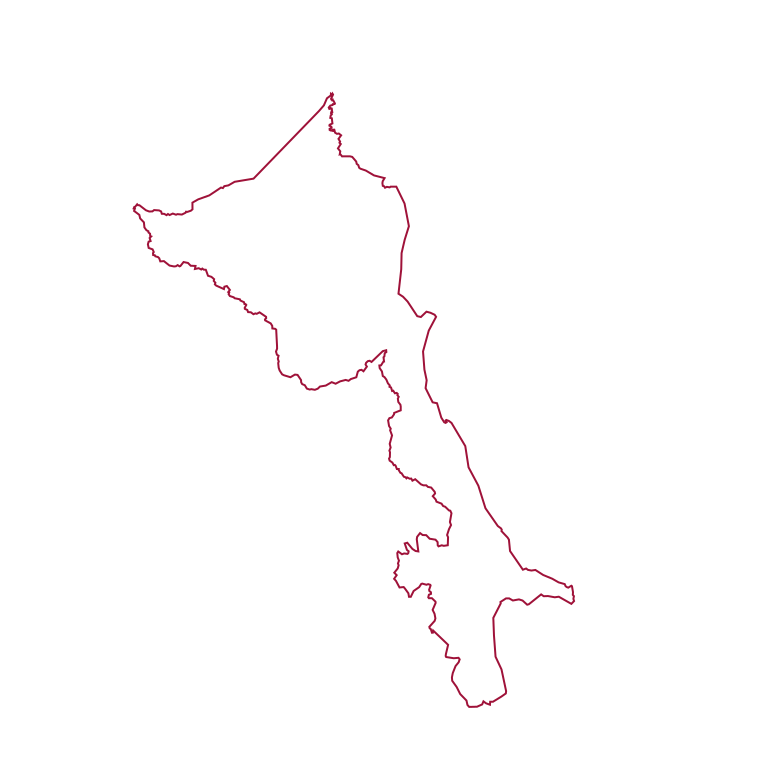 Ho West, Volta, Ghana, rotated 134°
{"feature_id": "2480657B47242267083805", "entity_name": "Ho West", "entity_type": "district", "adm_level": 2, "iso_a3": "GHA", "parent_name": "Ghana", "parent_adm1": "Volta", "projection": "orthographic", "projection_center": [0.372, 6.6], "detail": "fine", "context": "isolated", "style": "outline", "palette": "rose", "viewbox_px": 768, "rotation_deg": 134, "n_neighbors": 0, "source": "geoboundaries", "source_scale": "gbopen_adm2", "svg_char_len": 6152}
<svg xmlns="http://www.w3.org/2000/svg" viewBox="0 0 768 768"><g transform="rotate(134 384 384)"><path d="M444.1,456.0L439.1,454.6L437.5,452.5L438.8,446.4L440.3,444.8L440.9,442.8L439.9,440.1L440.9,436.3L439.6,433.6L438.2,432.7L436.2,429.7L433.4,428.4L430.3,428.3L425.6,424.8L419.0,422.9L417.4,419.0L412.6,417.4L407.7,414.4L406.3,411.7L403.5,411.3L398.4,408.6L393.3,411.4L391.1,411.2L389.4,410.0L389.1,407.6L383.4,408.4L382.8,410.8L381.2,411.6L378.8,411.5L377.3,410.5L376.8,408.3L361.2,407.7L358.2,405.9L359.4,404.5L361.3,404.9L363.9,402.9L365.1,402.9L367.8,399.6L368.3,400.0L372.6,399.1L373.9,400.2L375.6,398.1L376.4,394.2L379.1,390.4L378.7,388.4L379.2,385.4L380.8,381.6L381.0,378.9L382.2,378.1L381.6,376.5L383.4,373.3L382.4,372.7L383.1,369.7L381.6,368.7L381.6,367.2L382.7,366.7L383.0,364.5L384.9,363.9L387.0,361.2L387.5,357.8L388.6,356.3L391.3,353.7L397.7,356.6L398.9,355.7L402.6,355.1L404.8,356.4L407.3,355.8L410.7,351.2L411.5,348.1L413.0,347.5L415.4,342.5L423.1,338.3L425.1,335.1L428.2,333.8L428.9,332.3L432.5,329.0L434.2,328.5L435.2,326.7L434.7,323.4L435.6,320.6L434.7,320.0L434.7,318.9L436.2,315.7L434.9,314.3L435.7,313.6L436.5,310.5L436.0,309.4L436.9,305.3L436.1,303.7L436.3,302.4L435.1,302.4L434.3,299.7L433.1,298.7L433.8,296.4L430.8,295.4L430.5,287.7L429.5,285.2L427.5,283.2L427.5,280.9L425.7,278.1L426.4,272.5L427.3,271.2L430.8,271.0L431.2,266.5L432.2,264.5L430.1,259.5L430.7,256.7L429.8,254.7L429.8,249.4L429.1,248.3L430.1,245.7L437.5,240.7L438.9,237.8L443.3,236.4L448.8,233.7L449.7,231.5L455.7,226.1L458.9,228.6L459.9,230.4L462.9,232.0L462.7,233.3L460.5,235.6L460.2,238.8L463.6,243.7L463.4,248.6L465.8,251.3L466.2,254.5L470.9,254.0L472.9,252.6L480.6,243.0L482.2,245.3L482.9,249.0L482.0,257.0L484.3,258.3L487.4,252.3L487.2,250.1L488.9,249.0L489.9,249.1L491.9,251.8L494.0,252.8L494.6,257.4L496.4,257.0L499.2,253.7L500.7,250.5L503.4,249.3L504.2,247.6L507.2,246.0L512.6,245.5L512.7,242.1L517.1,241.4L517.3,238.6L519.6,231.5L516.4,228.8L516.6,226.8L517.6,221.1L519.7,218.2L518.5,216.9L512.3,218.9L505.7,217.6L502.0,218.3L501.0,217.8L498.9,214.0L497.3,213.2L496.3,211.2L496.6,210.5L500.7,208.6L501.4,207.5L501.2,205.6L502.3,204.4L504.4,205.3L506.7,204.0L506.9,202.9L504.8,200.7L504.8,195.8L505.6,194.8L512.7,192.1L514.2,188.0L516.9,184.2L519.2,183.0L527.2,182.7L528.0,181.4L527.8,180.1L529.6,176.7L528.9,176.1L527.2,177.3L527.1,156.7L535.2,151.9L536.8,150.7L537.2,149.6L532.8,143.3L529.2,140.2L529.5,138.3L532.3,137.0L537.2,136.6L544.2,133.7L547.9,131.3L550.1,128.8L551.5,121.2L554.1,113.8L554.4,104.8L556.9,101.0L557.1,98.4L551.5,92.9L546.3,90.8L543.2,92.0L542.8,88.8L541.1,85.0L538.8,86.9L536.9,84.9L527.2,82.4L522.0,81.4L520.1,82.8L507.7,101.2L502.7,114.3L488.5,130.2L476.3,142.9L460.8,147.6L459.9,148.8L453.5,147.3L451.3,145.1L450.2,140.9L445.2,137.3L443.5,133.9L443.3,127.7L441.8,126.8L426.2,124.8L425.7,121.7L422.6,118.7L418.8,113.0L415.6,110.5L412.0,96.5L408.1,96.5L407.0,98.5L404.7,100.0L404.5,101.7L402.4,103.5L398.9,108.3L399.0,109.1L402.5,110.0L403.1,111.4L403.3,112.9L402.4,115.0L405.4,120.6L407.2,127.7L410.8,136.8L412.6,145.9L415.8,148.4L417.7,151.3L418.0,153.6L421.1,155.1L416.6,177.3L409.2,186.0L408.6,188.4L408.2,197.3L407.0,198.1L406.6,199.5L407.1,203.5L402.9,224.7L391.6,245.5L385.2,265.3L372.2,282.4L365.1,308.4L365.5,311.7L366.6,314.2L367.4,314.3L368.0,312.4L369.2,312.7L369.7,314.1L368.4,319.4L361.0,332.5L363.4,336.3L358.1,351.2L351.7,355.9L345.6,364.9L333.5,378.5L314.5,388.9L299.5,393.2L299.0,395.7L300.5,400.1L302.5,403.7L310.2,404.0L312.1,407.2L308.3,424.3L308.0,430.9L309.0,436.3L289.5,451.3L277.6,462.3L265.9,469.3L253.2,475.7L239.9,494.6L233.5,512.2L237.4,516.3L238.6,516.5L240.2,518.9L242.1,519.6L241.7,521.3L242.3,522.5L240.6,524.7L239.0,525.8L235.5,526.6L240.9,536.1L243.1,545.4L245.5,550.5L245.7,552.1L244.4,554.5L244.6,556.6L243.3,558.5L242.7,564.6L243.9,566.7L249.4,572.3L249.0,575.2L249.5,575.4L247.0,577.1L246.5,580.8L241.4,581.8L241.4,583.6L240.1,584.0L239.3,587.0L234.9,587.6L235.2,590.5L236.7,591.6L237.2,593.8L235.9,595.9L237.2,596.2L237.6,596.8L236.6,597.2L238.8,598.6L239.0,599.6L238.2,600.4L236.1,599.6L235.5,600.6L236.1,602.7L235.3,603.2L232.4,602.1L229.1,606.1L229.9,607.5L227.8,608.9L226.4,608.8L226.0,610.3L224.3,611.1L225.1,609.8L224.6,609.8L222.2,612.9L223.2,613.9L222.6,614.3L223.0,615.2L223.6,615.0L223.5,614.0L224.1,614.4L223.5,615.8L221.0,616.0L219.0,614.8L218.3,615.2L216.9,614.0L216.3,614.2L215.3,617.3L215.9,618.2L215.1,618.7L215.9,619.6L215.6,620.2L211.2,621.7L210.9,622.9L212.3,622.5L212.3,623.6L213.3,622.7L218.1,623.5L225.3,620.8L232.8,620.4L326.9,620.5L342.3,631.9L349.2,633.9L352.6,636.3L355.0,636.0L355.9,637.7L369.7,640.7L380.2,645.9L386.6,647.8L391.4,643.1L393.5,643.3L396.8,645.0L397.6,646.1L398.6,645.7L402.5,647.1L405.3,650.6L406.7,651.2L408.1,654.3L411.4,655.6L411.8,657.5L413.6,657.7L414.3,660.3L415.9,662.1L414.7,664.2L415.4,666.4L418.6,670.2L420.7,670.5L423.0,672.7L424.4,675.9L425.3,684.1L426.3,685.2L426.2,686.4L429.4,686.1L430.0,686.6L431.6,686.0L431.0,685.0L433.1,684.0L432.3,677.5L434.3,674.4L434.5,669.0L437.8,665.1L438.4,661.7L437.8,659.6L438.6,658.7L438.4,656.7L440.0,654.9L439.6,654.0L441.8,654.0L443.3,651.2L445.1,652.2L447.5,650.9L449.6,647.8L447.9,644.0L449.0,641.3L450.3,641.1L451.6,639.6L450.6,638.3L451.0,637.2L449.7,634.8L449.7,633.0L451.2,630.1L448.5,627.7L447.8,620.6L445.3,616.7L443.9,615.5L441.8,615.0L441.4,612.8L440.6,612.4L435.5,612.9L433.1,609.1L433.2,605.2L430.0,601.6L432.6,599.9L429.4,597.7L428.6,595.0L427.2,594.9L427.0,593.2L425.6,591.5L428.4,585.8L426.8,582.6L426.6,579.0L428.1,578.1L428.3,575.6L429.8,574.9L429.8,573.1L426.9,565.1L424.9,566.4L422.7,565.1L423.4,560.2L426.0,559.9L425.7,558.9L427.3,558.2L427.8,556.0L426.0,552.3L426.1,551.1L423.2,546.5L423.7,545.3L422.4,541.5L423.4,540.0L422.7,539.1L422.8,538.0L426.0,537.1L426.6,536.3L425.7,533.8L426.7,531.7L424.9,529.6L424.5,526.4L422.6,525.6L421.9,524.3L418.9,523.3L417.6,515.5L418.5,514.5L420.2,514.5L420.8,513.7L419.1,507.6L419.8,504.8L421.6,502.9L419.9,500.6L419.8,499.3L431.1,487.2L432.8,485.5L435.7,484.2L437.3,481.4L436.9,479.5L439.6,477.9L441.0,475.3L442.4,474.7L445.5,471.0L446.8,468.4L447.8,464.0L447.2,462.0L444.1,456.0Z" fill="none" stroke="#9f1239" stroke-width="2"/></g></svg>